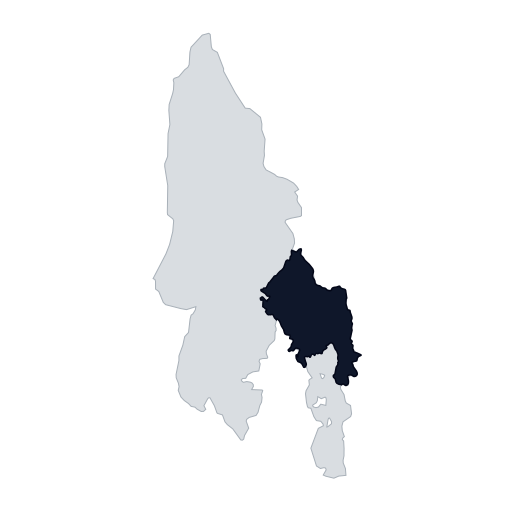 Osh highlighted on a map of Kyrgyzstan, rotated 269°
{"feature_id": "KGZ-1122", "entity_name": "Osh", "entity_type": "Region", "adm_level": 1, "iso_a3": "KGZ", "parent_name": "Kyrgyzstan", "parent_adm1": "", "projection": "natural_earth1", "projection_center": [73.025, 40.164], "detail": "fine", "context": "in_parent", "style": "filled", "palette": "ink", "viewbox_px": 512, "rotation_deg": 269, "n_neighbors": 0, "source": "natural_earth", "source_scale": "10m", "svg_char_len": 9505}
<svg xmlns="http://www.w3.org/2000/svg" viewBox="0 0 512 512"><g transform="rotate(269 256 256)"><path d="M103.3,305.6L104.6,304.8L108.9,303.9L117.4,303.1L120.4,303.7L126.2,307.1L130.7,306.7L131.5,307.2L133.2,310.0L139.5,305.8L144.0,304.6L146.3,300.4L151.2,295.4L155.3,294.6L155.4,295.4L156.2,296.1L160.4,297.3L161.7,296.0L162.3,294.1L160.9,291.3L160.9,290.0L162.2,288.3L168.9,291.0L170.4,291.0L173.5,289.4L176.3,286.7L177.3,284.6L191.1,277.7L192.1,276.4L191.9,275.5L186.1,273.9L183.5,274.8L181.1,274.8L179.7,273.8L172.7,273.4L171.1,272.7L166.5,267.7L160.7,264.5L157.9,264.7L154.6,266.0L153.5,265.4L153.3,260.7L152.6,257.9L150.6,257.2L148.1,258.3L141.0,256.8L140.2,250.9L137.6,245.7L133.9,243.6L133.7,240.4L132.4,239.1L131.3,239.5L129.9,241.1L130.6,244.5L130.0,248.0L129.2,249.7L127.5,251.0L125.7,251.1L122.5,249.3L121.9,259.8L121.3,260.4L117.5,259.0L114.4,259.6L109.8,259.0L106.4,257.2L99.7,255.3L96.6,253.3L94.7,246.3L92.8,243.8L91.1,243.3L84.0,245.7L76.7,241.4L73.1,240.5L72.1,239.2L72.3,237.6L83.5,229.8L87.9,224.4L90.7,222.1L97.7,219.7L99.3,214.8L99.9,214.2L107.0,211.8L115.0,207.5L115.1,206.3L114.3,205.3L107.2,201.3L103.6,203.1L101.5,200.8L101.5,198.5L103.9,194.4L105.9,192.4L106.8,188.5L109.7,185.9L112.7,181.8L116.3,178.5L123.0,175.9L126.7,176.8L130.2,176.2L135.6,174.1L138.9,174.0L152.8,177.1L157.4,177.2L168.1,181.3L176.6,183.3L180.7,187.2L194.2,189.0L198.0,190.1L199.3,192.0L203.2,194.4L206.4,195.0L203.6,185.6L204.7,180.0L208.9,164.8L211.2,162.5L222.2,158.2L224.7,155.0L232.6,155.1L234.3,154.5L235.2,152.7L259.7,166.0L269.0,169.8L281.9,173.2L292.7,174.3L294.6,173.5L298.9,168.3L300.9,168.1L327.9,169.0L347.1,166.3L349.9,166.4L357.1,169.4L379.9,170.2L388.9,172.2L403.1,171.4L409.0,171.8L419.9,175.5L423.7,176.4L430.7,176.9L433.4,176.3L435.0,177.2L436.6,181.9L443.4,187.9L445.9,191.2L448.5,192.5L461.1,193.5L465.9,194.7L477.8,206.1L479.5,212.7L478.3,214.1L466.0,215.0L463.2,216.0L460.3,220.9L443.8,226.9L441.3,226.8L419.3,238.2L404.0,247.8L403.5,252.4L394.6,262.9L387.9,264.2L382.1,263.9L372.7,267.1L360.6,266.0L356.4,266.2L348.5,264.7L345.3,265.5L341.9,267.6L337.3,276.0L335.4,278.0L334.6,279.9L333.9,284.0L332.2,288.3L328.3,294.8L324.9,297.9L321.8,299.8L319.3,295.8L315.1,298.6L311.3,298.0L308.9,298.8L303.6,302.3L295.6,302.2L294.8,301.0L293.1,291.4L291.7,286.9L290.5,285.9L289.1,285.7L277.8,293.3L272.5,294.6L268.2,294.8L262.5,292.6L261.3,293.1L260.3,294.4L259.9,295.9L261.6,300.2L261.1,301.0L258.6,301.0L255.0,301.9L244.1,310.8L237.2,313.1L230.8,314.0L227.0,315.6L224.9,318.9L220.7,328.0L220.8,329.9L222.6,332.4L223.9,337.9L223.6,339.4L220.2,343.9L215.8,345.3L212.4,346.0L205.8,345.4L202.4,346.3L196.2,349.8L191.0,350.4L181.3,350.5L171.8,349.2L168.7,349.7L160.2,351.7L157.4,355.0L155.8,357.9L155.0,358.3L151.6,355.6L147.4,350.9L145.2,351.0L137.7,354.9L136.5,354.7L134.4,353.3L134.7,347.3L132.2,346.1L127.1,345.8L125.3,344.5L125.9,340.6L125.3,339.2L124.0,338.1L121.3,338.4L115.9,341.6L109.6,342.7L107.4,343.7L104.9,347.9L96.5,348.8L93.8,347.8L88.7,340.1L84.4,338.9L79.9,339.2L73.9,341.2L72.4,339.5L70.9,339.1L69.5,340.4L62.1,340.7L54.6,340.5L50.3,339.5L47.5,339.6L41.9,341.7L35.1,342.1L34.5,334.9L32.5,330.0L34.6,322.0L35.8,319.4L40.9,322.4L42.7,321.9L43.2,320.3L42.4,316.7L45.0,312.8L62.9,307.5L82.6,315.3L85.1,320.4L86.8,320.1L89.6,317.9L90.4,313.5L94.3,311.1L102.8,308.2L103.3,305.6ZM113.3,323.3L113.7,322.6L112.2,318.8L114.3,315.3L110.3,314.8L108.2,313.7L106.0,310.2L105.2,310.0L104.0,311.0L103.3,313.3L103.9,315.8L106.7,318.2L105.4,323.2L111.3,323.8L113.3,323.3ZM92.7,326.7L92.5,325.7L91.2,325.2L83.8,323.8L84.0,324.8L86.9,328.5L89.0,328.7L92.7,326.7ZM136.7,320.4L137.2,318.0L132.7,319.4L132.2,320.6L133.7,322.0L135.6,322.6L136.7,320.4Z" fill="#d9dde1" stroke="#a8b0b8" stroke-width="1"/><path d="M261.1,291.8L260.7,292.6L260.5,293.1L260.5,293.3L260.1,294.2L259.6,295.3L259.3,296.3L259.6,297.1L261.6,298.8L262.1,299.5L262.4,301.1L261.2,301.5L257.7,300.6L256.8,300.6L256.0,300.9L254.0,302.9L253.3,303.4L251.7,304.2L250.4,305.2L246.8,309.0L242.4,312.4L240.9,313.0L239.7,313.2L238.4,313.0L237.0,312.5L235.6,312.2L234.2,312.4L232.8,312.9L231.5,313.8L230.2,314.3L227.5,314.7L226.4,315.6L226.0,316.1L225.6,316.7L225.4,317.4L225.3,318.1L225.1,319.3L224.4,320.2L223.6,321.0L223.0,322.0L222.7,324.1L222.5,324.7L222.2,325.1L221.0,326.1L220.5,326.8L220.2,327.7L220.0,328.7L220.0,329.7L220.4,330.7L221.0,331.1L221.7,331.2L222.5,331.7L223.0,332.6L223.3,333.7L223.5,335.9L224.4,338.6L224.2,339.2L223.3,339.7L222.6,340.2L222.1,341.0L221.7,342.1L221.2,343.9L220.8,344.6L220.1,345.0L212.4,346.0L211.3,345.4L207.5,345.0L206.0,345.2L201.6,346.3L200.6,346.9L200.3,347.7L200.2,348.4L199.9,349.0L197.6,349.4L193.4,350.8L192.1,350.9L190.7,350.5L189.9,350.1L189.4,350.0L188.9,350.1L186.9,351.1L186.3,351.2L185.6,350.9L183.0,350.4L182.2,350.3L180.4,350.7L179.8,350.7L172.2,348.8L171.5,348.8L170.8,349.0L170.4,349.3L169.6,350.3L169.2,350.6L168.5,350.6L167.5,349.9L166.9,349.7L166.4,349.9L165.1,351.3L164.5,351.4L163.8,351.3L162.4,351.0L161.7,351.0L160.2,351.8L159.3,351.9L158.6,352.1L158.1,352.9L157.1,355.7L155.4,359.2L155.0,359.3L154.9,359.3L154.5,358.7L154.2,357.8L154.0,357.4L154.0,357.0L153.9,356.6L153.1,356.2L152.4,355.7L152.1,355.5L150.3,355.2L149.5,354.9L149.1,354.1L149.0,353.0L148.8,351.7L148.4,350.6L147.7,350.1L146.9,350.2L145.5,351.0L143.9,351.3L143.2,351.6L139.2,354.4L137.7,355.0L136.2,355.2L135.4,354.9L134.7,354.4L134.1,353.6L133.8,352.5L133.9,351.5L134.3,350.9L134.8,350.3L135.3,349.5L135.5,348.5L135.4,347.2L135.0,346.0L134.4,345.5L133.5,345.5L129.4,346.3L127.4,346.2L125.7,345.5L124.9,343.7L125.2,342.9L126.3,341.4L126.5,340.7L126.2,339.8L125.7,339.1L126.0,338.2L126.3,336.7L126.4,336.4L127.3,334.7L128.3,333.9L131.5,333.1L132.2,332.7L132.7,332.2L133.1,331.6L133.5,331.4L134.0,331.2L134.7,331.2L135.3,331.3L135.6,331.5L135.8,332.2L136.1,332.5L136.7,332.8L137.3,333.0L143.3,334.2L144.0,334.5L144.5,334.9L145.4,335.6L146.0,335.8L146.8,336.0L147.4,336.0L148.1,335.9L148.4,336.1L149.2,336.6L149.6,336.6L150.0,336.5L150.9,336.2L151.5,336.0L152.8,335.9L155.4,336.3L156.8,336.1L157.8,335.7L159.1,335.3L159.7,335.0L160.1,334.7L161.2,333.8L163.2,332.9L165.2,332.3L166.6,331.6L167.0,331.3L167.3,331.1L167.4,330.9L167.6,330.3L168.2,329.6L167.2,328.0L166.4,327.0L165.8,326.5L165.6,326.0L165.4,324.9L165.1,324.6L164.7,324.5L164.3,324.7L163.6,325.2L163.1,325.2L162.5,324.9L161.6,323.6L161.0,322.4L160.6,321.7L160.1,321.4L159.5,321.0L158.9,320.7L157.8,320.5L157.4,320.3L157.3,320.0L157.2,319.6L157.3,319.2L157.5,318.7L157.7,318.3L157.8,317.8L157.8,317.3L157.4,316.5L157.3,316.0L157.3,315.6L157.5,315.2L157.6,314.9L157.6,314.4L157.3,314.0L157.0,313.7L155.7,313.1L155.6,312.8L155.7,312.6L156.6,311.8L156.9,311.3L156.8,310.5L156.5,309.9L156.0,309.5L154.3,308.8L153.9,308.5L153.8,308.1L154.0,307.9L154.4,307.7L154.7,307.4L154.8,306.9L154.5,306.3L154.4,305.9L154.4,305.4L154.7,304.4L154.7,303.9L154.4,303.1L154.0,302.8L153.4,302.7L149.8,303.6L147.8,304.3L146.3,304.4L146.0,304.2L144.8,303.7L144.1,303.2L143.8,302.4L144.0,301.7L147.6,300.0L148.6,298.9L149.2,297.5L149.5,296.5L149.9,296.0L152.6,294.6L153.3,294.4L155.1,294.3L155.4,294.3L156.2,294.4L156.5,294.7L156.4,295.2L155.8,295.4L155.1,295.5L154.6,295.6L154.4,296.0L154.9,296.2L156.8,296.1L157.4,296.4L159.8,297.7L160.9,298.1L161.9,297.9L162.7,296.8L163.1,295.5L163.2,294.3L162.9,293.7L162.7,293.3L161.0,292.1L160.6,291.6L160.6,291.1L160.9,290.2L160.9,289.3L160.0,287.9L160.2,287.1L161.4,286.5L162.7,287.7L164.1,289.2L165.2,289.7L166.8,289.9L169.7,291.8L171.3,291.7L171.9,291.2L172.3,290.6L172.5,289.9L172.6,289.1L172.9,288.3L173.6,288.3L175.1,288.9L176.3,288.4L176.8,285.0L177.7,283.6L179.2,283.0L182.1,282.3L185.6,280.2L189.4,278.9L191.3,277.8L192.6,276.2L192.4,275.2L192.0,275.1L192.7,274.5L193.9,273.4L196.2,272.4L196.8,272.0L197.1,271.6L197.3,271.3L197.3,271.0L197.3,270.7L197.2,270.4L197.1,270.1L197.0,269.8L197.0,269.6L197.1,269.0L197.1,268.7L197.0,267.9L197.0,267.5L197.2,266.9L197.5,266.5L197.8,266.2L200.0,264.7L200.4,264.6L200.7,264.7L200.9,264.9L201.1,265.1L201.3,265.6L201.6,265.8L201.8,265.8L202.1,265.8L202.5,265.6L202.8,264.9L203.1,264.4L203.4,264.1L203.9,263.8L204.2,263.5L204.9,262.3L205.2,262.0L205.3,261.9L205.6,262.0L205.8,262.0L207.2,262.0L210.6,262.3L211.1,262.2L211.6,262.0L211.9,261.9L212.0,261.7L212.0,261.3L211.9,261.1L211.8,260.8L211.7,260.5L211.9,260.1L212.0,259.9L212.3,259.8L213.5,259.6L213.8,259.6L213.9,259.8L214.2,260.2L214.7,260.8L214.8,261.0L215.0,261.4L214.9,261.7L214.7,262.1L211.2,265.2L210.8,265.7L210.6,266.0L210.5,266.4L210.7,266.5L211.8,266.6L212.0,266.7L212.1,266.9L212.1,267.1L212.2,267.4L212.2,267.8L212.4,267.9L212.7,268.1L213.4,268.2L213.6,268.3L213.8,268.4L214.3,268.8L214.7,269.0L215.2,269.2L215.5,269.1L215.7,268.8L215.7,268.5L215.6,267.8L215.6,267.4L215.6,267.0L215.8,266.6L216.1,266.2L216.6,265.8L218.2,264.7L218.4,264.5L220.6,261.1L221.2,260.4L221.9,260.3L222.3,260.4L222.5,260.6L222.5,260.9L222.4,261.6L222.5,262.0L222.7,262.3L223.6,262.9L223.8,263.3L223.8,263.8L223.8,264.5L223.9,265.2L224.0,265.6L224.2,265.8L228.9,268.2L229.4,269.0L229.6,269.2L234.1,272.9L235.1,273.6L235.4,273.8L235.6,274.2L235.8,274.7L235.9,275.1L236.0,275.8L236.0,276.0L236.2,276.3L236.7,276.6L237.3,277.0L238.9,278.4L240.2,279.7L240.5,280.1L240.9,280.7L241.2,281.1L241.9,281.9L243.5,283.3L244.4,283.7L250.0,285.7L250.5,286.0L251.0,286.5L251.2,286.9L251.4,287.2L251.4,287.4L251.4,287.7L251.3,288.0L251.2,288.3L251.1,288.6L250.9,289.2L251.2,289.5L251.8,289.8L254.8,290.3L255.1,290.6L255.5,291.1L255.7,291.3L256.2,291.4L256.9,291.5L260.1,291.4L261.1,291.8L261.1,291.8Z" fill="#0f172a" stroke="#020617" stroke-width="1.5"/></g></svg>